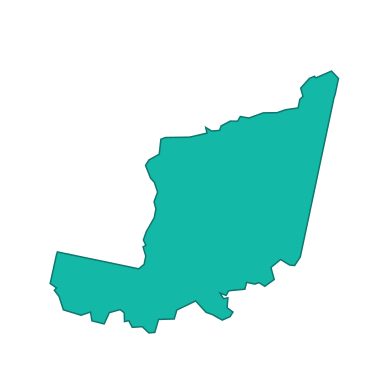 outline of Yolo, California, United States of America, rotated 102°
{"feature_id": "52423323B16290955064252", "entity_name": "Yolo", "entity_type": "district", "adm_level": 2, "iso_a3": "USA", "parent_name": "United States of America", "parent_adm1": "California", "projection": "robinson", "projection_center": [-121.864, 38.619], "detail": "fine", "context": "isolated", "style": "filled", "palette": "teal", "viewbox_px": 384, "rotation_deg": 102, "n_neighbors": 0, "source": "geoboundaries", "source_scale": "gbopen_adm2", "svg_char_len": 1211}
<svg xmlns="http://www.w3.org/2000/svg" viewBox="0 0 384 384"><g transform="rotate(102 192 192)"><path d="M71.0,72.7L66.3,72.3L50.5,72.3L44.7,80.7L54.7,94.7L53.3,96.2L56.5,100.8L67.8,107.3L75.4,103.3L78.9,105.8L87.7,105.7L92.1,117.6L96.7,125.2L99.8,138.8L107.8,151.7L108.1,160.4L113.2,162.1L114.7,169.3L121.2,177.2L126.0,177.9L128.3,185.5L126.0,192.0L131.3,189.6L138.9,205.9L144.2,229.2L146.9,233.4L161.8,231.9L169.6,240.8L175.6,243.0L187.1,235.4L190.4,230.8L199.3,225.6L209.4,227.1L216.0,223.8L225.1,223.6L240.1,228.4L249.0,229.6L253.8,226.0L255.8,228.5L264.2,223.9L272.7,223.8L278.2,228.1L278.6,311.2L281.0,311.5L311.0,311.7L314.0,304.5L316.8,306.2L321.7,300.4L334.0,293.3L335.6,274.9L330.5,266.3L338.8,263.1L339.3,250.5L327.2,247.8L322.0,237.9L324.2,233.2L332.8,231.1L331.0,227.1L336.8,222.3L334.1,212.7L338.8,204.9L337.1,199.2L323.6,198.2L319.9,183.0L310.6,182.3L297.8,165.8L306.8,153.2L307.7,146.4L311.0,135.8L306.0,128.8L300.9,127.0L297.9,133.6L288.0,134.9L289.8,139.0L285.0,143.6L286.1,137.2L281.0,135.6L276.1,120.1L269.0,119.8L269.0,111.3L266.7,107.7L269.1,101.2L260.5,93.4L249.4,99.1L239.6,91.3L243.1,81.5L242.6,76.3L233.0,72.6L71.0,72.7Z" fill="#14b8a6" stroke="#0f766e" stroke-width="1.5"/></g></svg>